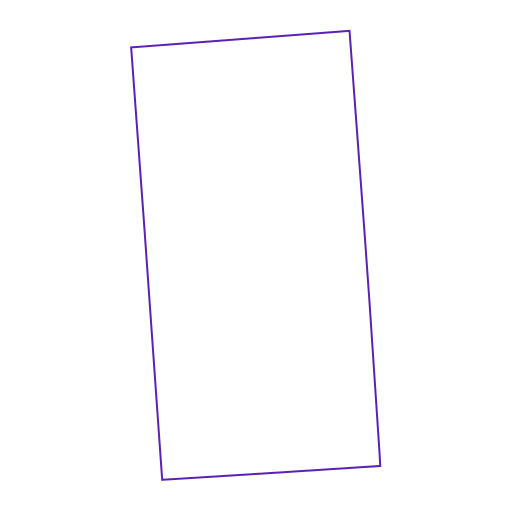 LaMoure, North Dakota, United States of America, rotated 266°
{"feature_id": "52423323B85348929712808", "entity_name": "LaMoure", "entity_type": "district", "adm_level": 2, "iso_a3": "USA", "parent_name": "United States of America", "parent_adm1": "North Dakota", "projection": "albers", "projection_center": [-98.623, 46.457], "detail": "fine", "context": "isolated", "style": "outline", "palette": "violet", "viewbox_px": 512, "rotation_deg": 266, "n_neighbors": 0, "source": "geoboundaries", "source_scale": "gbopen_adm2", "svg_char_len": 282}
<svg xmlns="http://www.w3.org/2000/svg" viewBox="0 0 512 512"><g transform="rotate(266 256 256)"><path d="M297.7,146.6L39.3,146.8L38.5,255.6L37.9,365.3L52.8,365.5L201.4,366.0L270.4,365.9L474.1,365.0L472.8,146.0L297.7,146.6Z" fill="none" stroke="#5b21b6" stroke-width="2"/></g></svg>